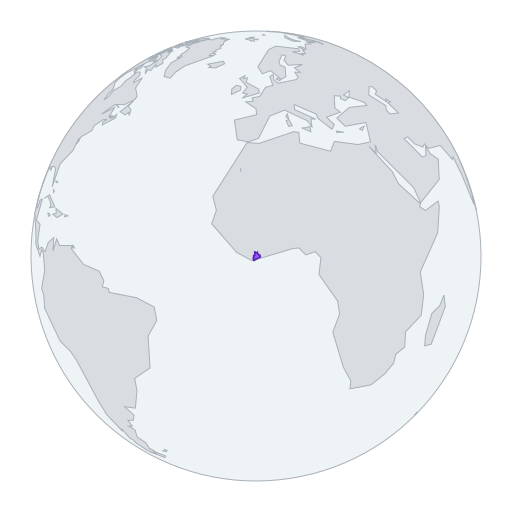 globe centered on Bas-Sassandra, rotated 354°
{"feature_id": "CIV-3448", "entity_name": "Bas-Sassandra", "entity_type": "Department", "adm_level": 1, "iso_a3": "CIV", "parent_name": "Ivory Coast", "parent_adm1": "", "projection": "orthographic", "projection_center": [-6.849, 5.451], "detail": "fine", "context": "on_globe", "style": "filled", "palette": "violet", "viewbox_px": 512, "rotation_deg": 354, "n_neighbors": 0, "source": "natural_earth", "source_scale": "10m", "svg_char_len": 9455}
<svg xmlns="http://www.w3.org/2000/svg" viewBox="0 0 512 512"><g transform="rotate(354 256 256)"><circle cx="256" cy="256" r="225" fill="#eef3f6" stroke="#a8b0b8"/><path d="M173.0,46.6L171.3,47.3L175.6,45.6L170.6,47.9L173.7,47.1L169.0,49.2L175.6,46.9L179.3,45.2L183.4,43.8L185.6,43.4L180.0,45.7L178.1,46.2L177.6,46.8L173.8,48.2L176.9,47.3L169.9,50.6L180.0,46.9L177.1,49.2L171.5,51.6L168.1,51.9L146.5,60.5L139.9,64.3L134.0,68.7L131.4,75.0L125.7,79.5L121.0,85.1L125.9,82.0L131.4,76.7L139.5,73.0L145.2,67.7L149.4,65.7L156.9,60.6L160.1,61.0L159.1,64.5L153.0,69.0L152.4,70.9L161.7,66.8L153.8,76.2L154.5,84.7L151.9,87.6L140.7,91.8L131.8,90.6L117.1,98.8L131.0,93.5L124.4,102.0L125.2,103.7L128.1,103.6L132.2,100.6L130.9,103.9L116.8,109.6L117.7,106.7L122.2,104.7L118.0,104.5L108.4,109.7L105.8,114.2L94.1,119.4L92.1,122.9L88.4,126.4L92.4,120.2L85.0,131.9L70.8,143.9L60.5,166.0L65.9,148.3L64.9,145.9L62.8,145.7L60.9,149.2L60.6,145.8L56.0,152.7L47.8,170.0L42.8,184.0L43.8,185.4L47.1,177.9L49.5,177.0L41.4,197.4L44.6,201.7L40.6,217.6L40.7,226.3L43.9,224.8L46.7,229.6L50.9,220.7L56.8,216.6L54.6,229.6L59.6,218.2L61.7,225.0L74.6,226.4L73.0,229.2L83.6,246.3L98.6,254.8L102.1,264.8L99.9,270.6L105.9,272.9L106.1,276.8L133.0,285.1L149.4,296.1L150.6,309.7L140.3,324.4L138.9,356.2L122.5,365.1L123.6,377.6L120.1,394.7L109.5,392.1L118.1,401.7L116.8,406.5L111.4,406.1L115.3,412.3L111.5,411.8L117.5,416.4L118.8,423.5L126.9,430.3L129.8,435.9L135.3,439.8L133.7,439.4L133.9,440.5L136.3,442.6L128.1,438.2L117.3,429.5L114.1,425.5L111.8,424.4L104.1,413.6L104.4,415.6L91.0,398.2L84.2,384.0L66.6,340.9L61.7,331.7L52.3,320.1L40.3,285.7L40.9,272.7L39.4,266.0L44.4,248.1L44.8,230.3L43.5,227.5L41.1,233.7L38.3,221.4L39.7,207.8L40.5,190.2L46.0,174.3L52.7,158.9L60.5,144.0L69.5,129.7L79.4,116.1L90.4,103.3L102.2,91.4L115.0,80.3L128.5,70.3L142.7,61.3L157.6,53.4L173.0,46.6ZM57.1,173.5L61.0,186.0L55.8,186.4L57.3,184.6L56.9,179.6L55.2,174.8L51.4,176.5L57.1,173.5ZM65.5,161.9L64.6,160.8L65.9,161.0L65.5,161.9ZM154.6,60.8L155.7,60.7L153.7,61.7L154.6,60.8ZM156.9,58.9L153.8,60.1L154.4,59.4L156.3,58.6L156.9,58.9ZM160.5,57.6L155.9,58.0L157.0,56.8L165.1,53.2L160.5,57.6ZM179.5,44.9L175.7,46.6L176.8,45.7L179.5,44.9ZM194.5,39.3L194.6,39.2L191.7,40.2L186.5,41.8L192.1,40.1L179.2,44.7L177.3,44.9L194.5,39.3ZM185.1,43.1L184.0,43.2L189.8,41.1L193.0,40.6L190.1,41.4L185.1,43.1ZM195.4,39.0L195.2,39.1L195.4,39.0ZM189.9,41.7L194.5,40.5L193.7,41.2L186.5,43.0L189.9,41.7ZM190.0,40.9L192.9,40.0L192.3,40.3L190.0,40.9ZM193.7,44.0L192.3,43.6L195.2,42.4L193.7,44.0ZM196.2,40.1L196.4,39.8L197.4,39.5L200.2,38.9L196.2,40.1ZM199.2,38.0L200.3,37.8L202.3,37.2L206.1,36.4L200.8,37.8L204.6,36.8L205.8,36.6L200.2,38.1L199.2,38.0ZM205.9,37.4L200.5,39.5L202.5,40.1L200.0,41.1L197.3,40.0L205.9,37.4ZM203.0,37.6L204.3,37.6L200.5,38.6L197.4,39.2L203.0,37.6ZM208.5,35.8L210.5,35.4L207.4,36.0L208.5,35.8ZM207.3,37.3L208.5,36.8L207.8,37.2L207.3,37.3ZM210.3,35.6L208.6,35.9L210.1,35.6L210.3,35.6ZM212.5,35.8L210.8,36.4L208.6,36.7L212.5,35.8ZM212.1,35.6L214.7,35.0L208.9,36.5L211.1,35.7L212.1,35.6ZM212.1,35.3L212.4,35.1L212.6,35.2L212.1,35.3ZM221.9,34.6L215.1,36.4L210.2,36.9L217.5,35.0L221.9,34.6ZM144.4,446.9L130.0,439.6L136.9,443.1L135.5,440.4L145.4,445.5L144.4,446.9ZM142.9,440.1L145.0,438.9L147.3,440.0L146.4,441.2L142.9,440.1ZM467.5,178.5L472.4,195.6L477.2,216.9L478.0,227.0L469.5,197.7L462.3,178.0L461.4,180.5L450.8,165.3L438.8,167.0L435.2,162.2L433.3,165.1L425.6,161.1L419.3,153.5L415.5,154.6L431.7,174.9L435.6,173.9L436.1,164.9L440.1,172.6L447.4,178.7L446.2,199.1L425.2,220.3L420.0,204.6L387.7,164.7L386.9,160.0L386.6,159.5L386.0,158.6L386.3,166.3L379.7,158.7L400.3,186.3L405.2,198.9L425.0,221.3L423.9,224.0L429.3,228.5L442.8,220.4L443.5,225.8L439.1,251.9L417.7,289.1L418.7,312.1L414.1,332.2L396.8,347.0L394.4,362.1L384.9,368.2L381.7,376.9L371.8,386.6L356.8,396.2L335.5,397.9L337.3,390.2L331.3,375.8L324.4,339.8L333.1,322.4L332.5,309.3L316.7,281.0L320.4,264.5L315.4,257.9L305.6,260.1L299.4,252.4L293.1,252.5L251.6,260.3L237.1,250.4L215.3,219.3L221.4,206.4L219.3,192.0L258.9,142.3L271.0,144.3L306.4,136.3L311.5,137.6L311.3,148.3L341.1,159.6L346.0,150.2L369.0,155.8L381.8,154.5L379.3,134.7L358.3,136.3L350.8,127.3L364.4,118.0L382.1,117.9L379.7,114.5L365.2,107.7L365.9,101.4L359.8,105.0L364.8,108.1L361.1,110.8L356.3,108.2L356.8,105.8L350.5,104.8L350.0,117.2L355.0,121.8L340.6,125.3L347.6,133.5L344.8,137.9L332.1,125.7L330.7,121.1L309.8,109.4L309.8,114.5L329.6,126.1L325.0,125.4L325.2,133.5L321.3,126.9L299.7,113.9L284.4,118.2L270.8,139.2L260.7,141.7L249.6,138.6L248.7,118.6L271.4,115.5L271.4,109.4L261.9,101.7L269.6,101.7L268.5,98.5L276.6,97.5L283.1,89.3L290.6,88.0L288.5,78.9L292.0,77.3L292.3,82.9L296.4,86.5L314.5,84.7L316.6,82.6L313.8,77.2L319.1,77.9L314.0,72.9L322.1,70.4L308.0,69.6L304.3,64.3L306.6,60.2L302.8,58.6L299.1,65.5L299.9,68.6L304.6,71.2L304.5,80.9L299.4,82.9L289.9,73.2L281.4,75.5L277.7,67.9L290.1,52.1L297.7,49.4L320.1,54.4L321.1,57.3L313.5,56.6L324.8,61.5L321.8,59.0L326.2,59.9L323.8,56.0L326.8,56.5L319.3,52.2L322.8,52.5L327.4,55.2L326.8,50.6L332.6,50.8L331.0,49.6L327.6,48.3L337.3,50.0L335.7,49.1L331.9,48.1L326.2,45.9L320.0,42.9L323.7,43.6L326.4,44.8L337.8,48.8L344.5,52.4L345.4,52.5L340.4,49.6L326.6,44.6L321.8,42.7L328.3,44.6L325.5,43.7L324.3,43.0L326.5,43.2L319.4,41.1L300.8,35.2L301.6,35.4L317.5,39.3L333.0,44.3L348.2,50.4L362.8,57.7L376.9,65.9L390.4,75.2L403.1,85.4L415.1,96.5L426.3,108.5L436.5,121.2L445.8,134.7L454.1,148.8L461.4,163.4L467.5,178.5ZM249.7,166.6L249.7,170.8L249.7,166.6ZM404.1,128.7L412.6,128.7L403.2,117.4L405.7,116.7L401.5,113.4L402.4,116.6L391.5,107.7L393.2,104.3L389.3,99.7L386.2,99.6L385.0,107.6L400.6,119.9L401.0,124.8L404.1,128.7ZM75.1,226.2L76.4,229.0L74.1,228.8L75.1,226.2ZM53.5,191.5L55.1,192.1L55.4,194.3L53.9,194.7L53.5,191.5ZM70.5,194.8L73.1,196.4L69.8,197.0L70.5,194.8ZM62.0,187.7L68.4,194.1L62.1,197.0L58.3,193.2L61.8,192.6L62.0,187.7ZM61.6,168.9L62.3,170.0L61.1,172.2L61.6,168.9ZM66.5,162.1L66.0,162.2L66.3,160.3L66.5,162.1ZM125.3,101.6L126.3,101.2L128.6,101.9L126.1,103.1L125.3,101.6ZM147.0,97.7L144.4,103.1L144.5,99.7L140.6,102.0L136.1,98.3L150.4,88.9L144.7,93.6L147.0,97.7ZM134.0,91.7L135.3,94.5L133.3,91.9L134.0,91.7ZM254.4,84.2L258.7,85.7L257.9,89.4L248.4,92.9L249.4,87.4L254.4,84.2ZM265.0,87.2L258.2,77.6L263.9,75.6L261.9,78.2L266.3,77.9L264.2,82.1L276.2,90.3L276.3,94.2L258.7,97.5L264.4,94.0L259.8,92.5L265.0,87.2ZM230.9,62.7L228.1,60.2L244.0,58.9L244.8,61.5L235.4,64.7L228.9,63.5L230.9,62.7ZM175.7,51.9L173.5,52.2L175.1,51.4L178.2,50.5L175.7,51.9ZM192.8,43.9L186.6,50.2L183.8,50.7L183.5,54.6L176.1,57.7L176.6,54.9L170.6,60.6L168.1,59.3L164.8,63.3L166.7,56.7L164.2,56.3L169.8,55.5L176.7,52.5L178.9,51.2L183.3,47.3L181.2,45.7L187.7,43.2L192.9,41.8L194.3,41.8L189.6,43.3L195.0,42.2L189.3,44.5L192.8,43.9ZM249.1,36.2L243.1,36.4L252.8,37.6L247.2,38.6L248.7,38.7L246.2,40.1L245.8,42.2L242.7,42.6L243.8,43.3L242.2,44.5L242.8,45.8L237.4,47.1L237.6,48.8L234.9,48.5L236.8,51.2L233.0,49.9L230.5,51.8L235.5,52.1L205.1,59.5L195.3,64.7L189.2,70.2L183.4,67.9L185.5,61.8L192.0,54.9L202.3,50.6L197.8,50.8L201.4,48.9L203.4,49.6L202.5,47.6L206.0,46.3L211.8,42.2L208.2,40.8L210.3,39.5L213.4,39.5L213.2,38.4L220.5,37.6L222.1,36.8L230.9,35.7L236.0,36.6L237.5,35.7L244.2,35.2L249.1,36.2ZM224.4,34.3L231.8,34.3L232.3,35.2L216.8,37.0L214.3,37.8L204.3,39.7L203.7,38.6L206.6,38.1L209.3,37.4L208.4,38.0L211.1,37.0L215.2,36.4L218.4,35.6L220.0,35.8L224.4,34.3ZM314.9,133.4L318.4,133.6L323.3,132.8L323.6,138.2L314.9,133.4ZM300.1,124.6L302.9,123.7L305.7,130.2L302.0,130.4L300.1,124.6ZM302.1,118.0L302.8,123.2L300.3,120.5L302.1,118.0ZM294.6,82.0L297.4,81.1L298.6,82.3L298.1,84.4L294.6,82.0ZM276.9,42.1L273.3,41.5L273.6,41.1L268.0,39.1L271.7,38.5L276.5,39.5L276.9,42.1ZM377.1,138.3L374.8,142.3L372.3,140.6L373.6,139.5L377.1,138.3ZM349.0,140.1L356.5,142.1L349.0,141.5L349.0,140.1ZM280.0,41.2L277.3,40.3L280.8,40.6L280.0,41.2ZM274.2,38.0L277.9,38.2L271.5,38.2L274.2,38.0ZM400.3,427.8L398.0,430.1L396.9,430.7L400.3,427.8ZM439.0,326.0L421.1,362.0L414.4,363.0L416.2,352.9L424.8,331.5L433.6,324.5L438.8,314.5L439.0,326.0ZM477.7,218.8L479.8,231.2L479.8,233.7L477.7,218.8ZM307.8,39.5L311.4,42.5L316.4,45.3L323.1,47.4L315.2,46.2L307.4,41.8L307.8,39.5ZM301.3,35.4L295.4,34.3L296.8,34.5L298.4,34.8L301.3,35.4ZM298.5,35.0L293.4,34.4L289.4,33.6L294.2,34.2L298.5,35.0ZM287.0,36.5L287.8,37.3L284.9,36.9L287.0,36.5Z" fill="#d9dde1" stroke="#a8b0b8" stroke-width="1"/><path d="M253.9,255.5L253.8,255.3L255.0,255.1L255.1,253.8L255.1,253.5L255.0,253.3L255.0,252.6L255.0,252.0L255.0,251.9L255.2,251.7L255.3,251.7L255.6,251.8L255.6,252.0L255.4,252.1L255.5,252.3L256.0,252.8L256.6,252.9L257.0,252.6L257.3,252.7L257.4,252.8L257.7,252.7L257.8,252.6L257.8,253.2L257.9,253.4L257.9,253.6L258.0,253.8L258.2,254.0L258.2,254.3L258.3,254.4L258.3,254.5L258.5,254.7L258.8,254.6L259.0,254.8L259.1,255.0L259.2,255.3L259.2,255.5L259.3,255.6L259.5,255.7L260.0,255.6L260.3,256.7L260.3,256.9L260.0,257.0L259.9,257.0L259.8,257.3L259.9,257.6L259.4,257.8L259.1,257.9L258.8,258.1L257.7,258.5L257.2,258.7L256.9,258.8L256.4,259.0L256.0,259.0L255.9,259.1L255.7,259.1L255.6,259.3L255.4,259.4L255.2,259.6L254.7,259.7L254.5,259.8L254.4,259.8L254.2,260.0L253.7,260.3L253.4,260.3L253.2,260.2L253.2,259.9L253.2,259.7L253.2,258.9L253.1,258.7L253.1,258.4L253.0,258.2L253.3,258.1L253.2,258.0L253.2,257.9L253.1,257.6L253.2,257.4L253.3,257.4L253.5,257.2L253.5,256.9L253.5,256.7L253.7,256.8L253.8,256.7L253.9,256.4L253.7,256.3L253.7,256.2L253.7,255.9L253.8,255.8L253.8,255.7L253.9,255.5Z" fill="#8b5cf6" stroke="#5b21b6" stroke-width="1.5"/></g></svg>